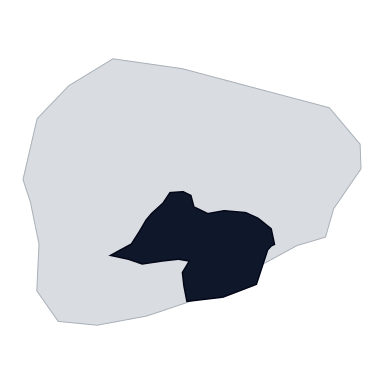 Escaldes-Engordany highlighted on a map of Andorra
{"feature_id": "AND-4881", "entity_name": "Escaldes-Engordany", "entity_type": "state/province", "adm_level": 1, "iso_a3": "AND", "parent_name": "Andorra", "parent_adm1": "", "projection": "robinson", "projection_center": [1.58, 42.496], "detail": "fine", "context": "in_parent", "style": "filled", "palette": "ink", "viewbox_px": 384, "rotation_deg": 0, "n_neighbors": 0, "source": "natural_earth", "source_scale": "10m", "svg_char_len": 771}
<svg xmlns="http://www.w3.org/2000/svg" viewBox="0 0 384 384"><path d="M325.5,237.1L296.9,245.6L201.2,297.7L146.8,316.0L97.1,325.2L58.2,321.4L36.8,290.8L39.0,244.1L30.4,202.0L23.0,179.5L37.1,118.7L68.8,85.7L112.9,58.8L182.3,68.7L329.4,107.8L360.1,144.2L361.0,168.8L333.7,208.6L325.5,237.1Z" fill="#d9dde1" stroke="#a8b0b8" stroke-width="1"/><path d="M274.5,244.4L271.4,245.8L267.7,249.8L256.4,284.3L223.1,297.1L186.9,301.4L183.9,285.9L182.4,272.5L189.3,261.1L178.5,259.2L161.5,261.1L142.2,264.0L128.3,259.2L110.5,255.4L119.0,250.7L131.4,244.0L139.9,230.7L146.0,220.2L151.5,213.6L163.0,203.1L170.0,192.6L183.1,191.7L190.9,195.5L193.9,206.9L207.8,213.6L224.1,210.7L245.7,212.6L258.1,218.3L271.2,228.8L274.5,244.4Z" fill="#0f172a" stroke="#020617" stroke-width="1.5"/></svg>